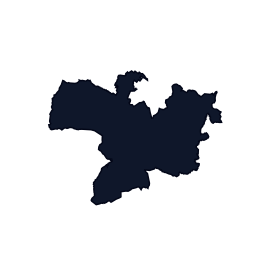 the district of Eloxochitlán, Hidalgo, Mexico, rotated 215°
{"feature_id": "50627088B56771810727616", "entity_name": "Eloxochitlán", "entity_type": "district", "adm_level": 2, "iso_a3": "MEX", "parent_name": "Mexico", "parent_adm1": "Hidalgo", "projection": "robinson", "projection_center": [-98.887, 20.743], "detail": "fine", "context": "isolated", "style": "filled", "palette": "ink", "viewbox_px": 256, "rotation_deg": 215, "n_neighbors": 0, "source": "geoboundaries", "source_scale": "gbopen_adm2", "svg_char_len": 5845}
<svg xmlns="http://www.w3.org/2000/svg" viewBox="0 0 256 256"><g transform="rotate(215 128 128)"><path d="M84.8,199.9L86.0,195.4L87.1,195.2L87.9,195.7L88.7,195.3L89.8,195.4L93.7,196.7L95.4,196.4L97.1,195.6L97.1,194.8L98.6,194.4L98.9,194.6L99.6,194.1L100.3,193.1L100.0,191.8L100.4,190.6L100.8,190.5L104.7,190.2L105.8,189.0L106.3,191.5L109.7,192.3L111.6,191.6L112.3,191.9L113.6,191.6L115.0,190.2L115.5,189.1L115.7,187.4L112.2,183.9L111.5,182.8L111.2,181.5L110.5,180.5L110.4,179.8L110.7,178.4L111.6,177.2L111.3,175.3L113.0,172.6L111.7,170.2L109.8,169.6L109.6,169.0L107.8,167.8L107.5,167.0L108.6,165.5L108.8,164.2L109.7,163.3L112.1,162.2L113.5,162.0L112.1,158.1L112.7,155.0L114.0,152.7L113.3,150.6L114.2,149.6L118.5,153.1L122.0,156.5L123.3,156.2L123.2,155.6L127.4,157.2L128.0,157.9L128.9,158.1L129.9,158.8L130.7,158.6L130.6,157.7L131.3,157.1L131.4,156.5L133.0,155.4L134.8,150.4L135.7,148.8L137.9,149.5L139.3,148.4L140.0,148.4L141.5,149.2L141.5,150.3L141.2,150.6L142.0,152.2L142.6,152.6L143.1,152.8L144.6,151.8L145.4,152.1L146.2,154.4L147.2,159.6L144.0,162.0L143.2,164.7L143.7,164.6L144.3,164.9L144.8,163.4L145.8,163.6L147.2,165.5L148.1,165.7L149.0,166.8L149.1,167.5L150.0,168.5L150.1,170.7L147.2,170.6L147.1,173.5L145.2,173.4L145.0,176.3L147.2,176.4L147.2,178.1L144.4,177.9L143.4,178.4L139.5,178.3L140.3,179.3L141.9,179.1L144.6,180.3L147.3,180.8L148.5,179.9L150.8,180.1L150.8,178.4L154.8,178.5L154.8,176.7L157.8,176.7L158.9,173.9L159.6,173.2L160.5,173.6L161.0,171.3L160.3,170.8L160.5,170.2L160.0,169.9L160.1,169.5L160.8,168.7L164.6,166.8L165.8,165.6L165.5,163.9L164.3,162.9L164.5,161.7L163.7,159.2L163.9,157.7L163.4,155.6L162.7,155.5L161.7,156.7L160.8,156.3L161.4,154.9L161.3,154.3L160.5,155.2L160.0,154.8L159.8,155.4L159.6,154.8L160.0,154.4L158.9,153.0L159.0,152.3L158.1,151.7L157.0,151.6L156.7,151.1L157.1,150.1L156.7,149.5L156.8,148.0L160.2,147.9L160.3,147.2L161.1,146.5L162.8,146.7L163.5,146.4L164.8,146.8L165.6,146.3L166.0,146.7L166.8,146.2L167.8,146.6L168.2,146.0L169.8,145.9L170.8,145.3L172.3,145.6L173.8,144.9L174.6,145.3L175.5,144.8L176.3,145.0L177.4,144.4L177.8,143.6L179.5,143.5L179.9,143.2L180.6,143.8L181.3,143.8L181.7,143.4L182.7,143.8L184.4,143.8L184.7,144.3L186.4,145.2L186.7,144.6L188.1,144.1L188.5,144.3L189.4,142.2L192.8,140.7L193.6,139.7L195.4,139.3L194.8,138.7L195.1,136.9L195.8,135.3L197.1,134.0L201.8,131.2L202.5,131.2L203.4,130.0L205.1,129.6L207.3,129.8L208.6,129.5L207.3,125.0L207.1,121.4L206.0,119.3L206.4,116.6L206.4,113.8L207.4,112.6L206.2,110.8L206.9,108.7L204.9,106.4L204.5,105.0L203.0,103.8L203.2,103.3L202.7,101.4L200.1,99.6L200.4,98.3L199.9,94.5L198.9,94.1L196.1,88.7L194.9,87.7L193.9,87.4L193.7,86.1L194.7,85.2L192.8,83.5L192.0,83.6L191.0,82.7L190.6,82.7L190.8,83.0L189.6,83.0L188.9,83.5L186.9,85.8L185.3,86.6L185.0,87.6L184.6,87.9L183.2,88.6L181.1,88.5L180.1,91.6L178.9,92.5L177.8,92.7L176.5,94.2L176.5,94.8L176.2,95.0L174.1,96.2L172.3,96.7L171.6,96.5L171.2,97.0L169.5,97.3L167.6,98.3L167.4,98.8L165.4,100.4L157.3,105.4L153.7,106.7L144.6,107.0L142.2,103.3L140.7,101.7L140.6,99.9L141.4,98.3L141.4,97.9L141.0,95.8L139.8,93.6L138.4,93.4L136.6,93.6L133.8,92.4L132.4,92.6L128.1,90.9L126.8,90.9L124.9,92.2L125.0,92.0L123.7,91.6L122.5,92.5L121.9,91.6L123.9,87.6L123.1,86.4L124.0,86.4L124.3,85.9L123.2,84.6L124.6,85.0L124.9,83.4L125.9,81.3L126.3,79.7L125.2,77.5L124.9,73.5L124.5,72.7L124.5,69.1L124.1,68.6L125.0,66.6L124.5,65.9L124.9,63.7L124.5,63.5L124.0,62.0L122.8,61.6L122.5,60.3L121.2,59.5L121.2,58.7L118.7,55.7L118.1,55.4L116.4,53.0L117.1,49.8L116.7,47.8L115.9,47.3L110.1,47.0L107.5,49.9L107.4,50.5L106.2,51.6L105.3,51.9L105.3,52.7L104.9,53.1L104.1,53.0L102.9,55.0L102.8,56.1L101.9,57.4L101.4,57.8L99.5,57.5L99.2,57.8L96.9,63.0L94.9,66.1L94.3,67.5L97.3,71.7L93.8,75.0L91.6,76.4L90.3,79.0L90.2,80.3L87.2,83.8L85.9,85.9L83.7,85.7L81.9,85.0L82.2,86.6L81.8,88.0L81.1,88.9L79.5,89.1L78.4,90.1L77.1,90.0L77.8,91.7L77.8,93.3L78.8,95.1L86.0,101.9L88.3,102.2L89.3,103.0L90.2,103.0L90.3,103.3L85.9,105.7L83.0,109.6L82.9,111.1L82.6,111.7L81.5,111.4L80.5,112.0L77.9,112.4L77.4,112.0L76.5,112.8L75.0,111.9L73.3,112.7L72.8,112.5L71.6,113.2L68.2,113.9L66.0,114.8L63.6,114.6L62.6,115.8L60.3,116.1L59.4,118.2L59.4,118.9L60.3,120.3L60.2,121.5L58.1,121.5L57.3,122.3L56.1,122.3L55.2,123.3L54.0,123.7L52.7,124.6L52.5,126.2L51.5,127.0L51.9,128.7L51.8,129.0L50.9,129.6L51.0,131.2L49.3,131.9L48.9,132.5L48.7,132.1L47.9,132.3L47.4,133.4L47.8,134.0L47.6,134.9L48.7,136.5L48.3,137.1L48.5,138.4L49.2,139.5L50.5,139.1L51.6,137.8L53.0,138.8L54.2,138.8L54.4,139.8L55.1,140.6L54.9,140.9L54.4,140.6L54.0,141.4L53.5,141.7L53.4,142.7L52.7,143.2L52.7,143.5L53.2,144.4L54.1,144.6L54.3,145.3L54.8,145.2L56.6,146.1L56.6,146.6L55.7,147.0L58.0,150.6L60.4,151.1L61.3,151.6L61.7,152.3L61.6,153.3L61.1,154.0L61.5,154.6L60.9,155.6L61.6,156.4L61.6,157.4L62.4,157.5L62.3,158.1L61.4,159.7L60.7,159.9L60.6,161.1L59.9,161.0L58.8,161.6L57.5,163.8L57.3,164.2L57.5,164.7L56.6,166.0L57.1,167.3L59.4,168.6L61.0,168.9L61.2,168.0L62.0,167.9L62.3,167.5L62.5,166.1L64.1,165.4L64.5,164.4L66.7,166.7L68.1,169.3L67.9,172.4L68.4,173.1L68.0,174.2L68.4,175.9L69.1,176.5L68.9,177.3L69.3,178.4L69.2,180.0L70.4,180.4L70.1,180.8L70.4,181.3L70.3,181.7L70.9,181.9L70.4,183.2L71.3,184.2L70.8,185.9L69.5,185.6L69.4,185.3L68.6,185.2L68.2,184.4L67.4,184.6L66.7,184.3L66.6,183.3L65.4,182.0L65.0,182.0L63.4,180.9L61.7,180.6L60.9,181.0L61.0,181.6L59.8,183.2L58.6,183.6L57.8,184.4L56.7,184.8L54.6,186.3L55.7,187.1L57.7,187.7L58.0,188.2L58.5,190.6L61.0,191.8L60.9,194.0L61.2,194.5L62.3,194.1L65.3,194.3L66.6,194.0L67.7,193.1L69.2,192.8L71.0,193.1L71.9,194.3L72.5,194.6L73.1,196.0L72.9,197.2L71.8,198.3L72.2,199.4L72.1,200.2L74.1,202.8L75.4,206.1L75.5,208.0L76.0,208.4L76.1,207.8L76.3,209.0L76.5,207.0L76.2,206.4L76.7,206.8L76.9,208.4L76.9,205.6L77.4,204.7L77.0,204.2L76.5,204.8L76.7,204.1L77.5,204.1L78.6,204.8L80.0,202.6L84.8,199.9Z" fill="#0f172a" stroke="#020617" stroke-width="1.5"/></g></svg>